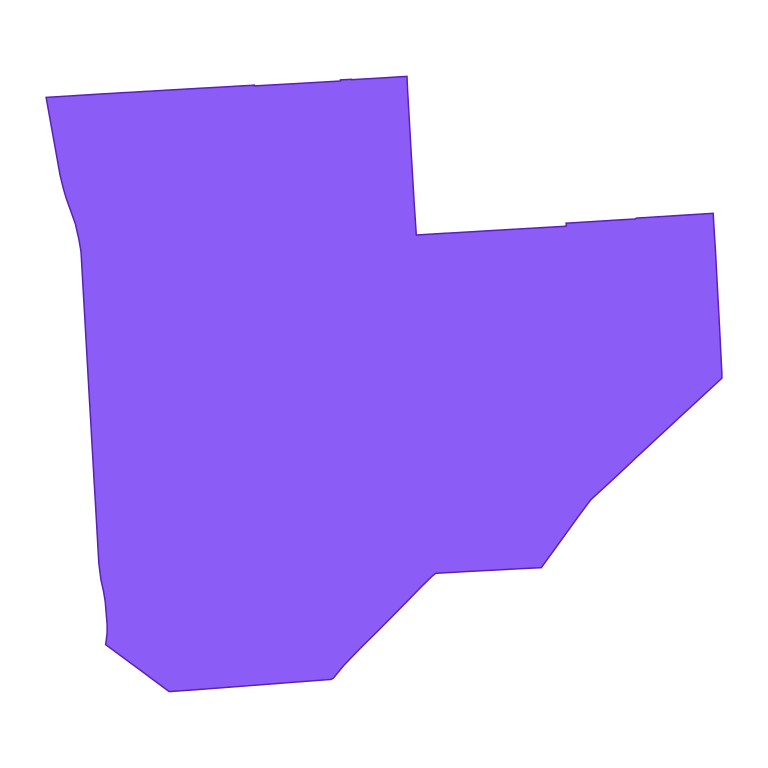 Prospect, South Australia, Australia (Albers equal-area conic projection)
{"feature_id": "25037944B26135803940358", "entity_name": "Prospect", "entity_type": "district", "adm_level": 2, "iso_a3": "AUS", "parent_name": "Australia", "parent_adm1": "South Australia", "projection": "albers", "projection_center": [138.598, -34.885], "detail": "fine", "context": "isolated", "style": "filled", "palette": "violet", "viewbox_px": 768, "rotation_deg": 0, "n_neighbors": 0, "source": "geoboundaries", "source_scale": "gbopen_adm2", "svg_char_len": 1991}
<svg xmlns="http://www.w3.org/2000/svg" viewBox="0 0 768 768"><path d="M331.4,679.4L333.6,677.9L343.8,665.4L344.4,664.8L359.9,648.7L380.3,628.5L396.3,612.3L400.0,608.6L410.3,598.1L421.4,586.7L431.7,576.6L435.7,573.3L446.9,572.7L467.3,571.5L483.0,570.7L492.8,570.2L516.3,568.9L530.3,568.2L541.3,567.7L546.7,560.2L556.0,547.4L560.6,541.0L572.4,524.7L578.9,515.7L588.1,503.3L591.1,499.5L605.8,486.0L609.4,482.7L625.4,467.8L633.3,460.3L636.5,457.2L643.2,451.1L655.7,439.4L669.9,426.3L678.0,418.7L687.9,409.6L721.9,378.2L721.9,375.3L721.9,373.7L719.1,318.7L717.6,290.8L716.4,268.6L715.6,253.1L715.4,249.6L713.9,226.2L713.7,222.8L713.2,213.3L636.2,218.1L635.3,219.0L624.1,219.6L614.1,220.2L611.0,220.4L608.4,220.6L567.6,223.1L566.1,223.1L566.3,226.2L503.8,229.8L503.3,229.9L483.8,231.0L482.4,231.1L481.0,231.2L464.1,232.2L447.1,233.2L445.7,233.2L444.3,233.3L416.3,235.0L415.5,222.6L414.2,203.6L413.9,198.4L413.7,194.7L411.3,154.6L410.0,132.0L408.2,100.6L407.6,90.6L407.0,76.4L396.1,77.0L385.9,77.7L377.4,78.2L374.5,78.4L363.0,79.0L360.1,79.2L351.4,79.7L351.4,79.3L340.4,79.9L340.5,81.0L297.5,83.5L275.8,84.7L254.3,85.9L254.3,85.1L252.3,85.3L240.8,85.9L237.9,86.1L235.3,86.2L232.7,86.4L220.9,87.1L219.2,87.2L215.1,87.4L213.7,87.5L212.2,87.6L206.5,87.9L200.7,88.2L197.4,88.4L192.6,88.7L192.2,88.7L183.5,89.2L165.9,90.2L164.5,90.3L149.8,91.2L144.5,91.4L142.0,91.6L130.7,92.3L121.9,92.7L119.4,92.9L115.9,93.1L110.2,93.5L101.2,93.9L99.4,94.1L98.9,94.1L46.1,97.4L59.9,174.2L60.3,176.1L63.1,187.6L66.1,198.0L75.3,223.7L79.0,239.9L80.8,250.5L81.0,251.8L85.4,328.6L89.1,394.1L89.7,404.6L90.4,415.8L91.1,428.0L91.6,437.6L92.9,459.5L93.9,477.7L94.2,482.9L94.5,487.6L95.2,499.4L96.2,516.8L97.5,539.9L98.0,549.0L98.8,562.8L99.6,569.4L101.0,580.1L102.9,588.5L103.7,592.2L105.2,601.5L107.1,624.4L107.1,633.2L105.9,642.8L105.6,644.6L131.2,663.5L138.7,669.0L154.7,680.9L167.4,690.3L169.2,691.6L187.8,690.3L188.5,690.3L225.3,687.5L287.6,682.7L331.4,679.4Z" fill="#8b5cf6" stroke="#5b21b6" stroke-width="1.5"/></svg>